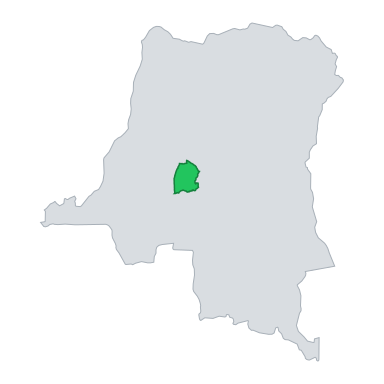 Dekese, Kasaï-Occidental, Democratic Republic of the Congo (highlighted)
{"feature_id": "63176286B23528212594514", "entity_name": "Dekese", "entity_type": "district", "adm_level": 2, "iso_a3": "COD", "parent_name": "Democratic Republic of the Congo", "parent_adm1": "Kasaï-Occidental", "projection": "robinson", "projection_center": [21.532, -3.234], "detail": "fine", "context": "in_parent", "style": "filled", "palette": "green", "viewbox_px": 384, "rotation_deg": 0, "n_neighbors": 0, "source": "geoboundaries", "source_scale": "gbopen_adm2", "svg_char_len": 7770}
<svg xmlns="http://www.w3.org/2000/svg" viewBox="0 0 384 384"><path d="M334.7,266.2L305.3,271.5L305.9,273.4L305.6,275.4L304.8,276.9L301.8,281.0L297.3,284.8L297.3,285.7L299.5,289.9L300.9,295.7L300.5,305.9L301.1,308.7L301.0,310.8L299.5,313.2L296.4,325.5L298.4,331.4L304.1,337.0L307.5,341.1L313.2,342.5L314.1,342.3L314.5,338.9L319.1,337.6L318.9,359.4L318.6,360.7L317.7,361.0L316.6,360.2L316.3,358.2L315.1,357.3L309.5,360.0L308.1,359.9L306.6,359.4L305.4,358.3L305.1,356.7L301.3,350.3L299.3,349.8L297.2,344.1L288.4,339.9L285.1,339.6L283.3,338.3L281.6,333.8L278.7,330.9L278.1,327.7L277.5,327.2L275.7,327.9L274.1,333.0L272.1,334.2L268.6,334.3L259.5,332.8L253.1,330.2L251.4,330.3L248.9,328.0L247.8,324.1L248.4,321.0L247.9,320.6L238.1,323.1L235.8,324.7L233.5,324.3L232.9,323.5L233.8,321.4L233.3,319.1L232.6,318.1L229.7,317.2L228.8,314.8L227.0,314.5L226.4,314.8L226.0,316.5L224.9,317.0L219.1,316.2L213.0,318.4L204.8,317.8L200.9,320.4L200.3,320.3L199.5,319.0L198.8,314.8L199.2,313.7L200.4,312.9L200.8,311.2L200.4,306.9L200.7,305.9L200.3,303.4L199.1,299.5L197.4,296.3L193.7,291.5L193.0,289.2L193.2,283.8L194.5,275.2L194.3,268.9L192.8,264.8L192.5,260.3L193.4,252.3L192.5,250.4L173.9,249.7L173.1,249.1L172.7,248.0L173.6,243.3L162.3,244.5L158.8,245.4L156.7,247.3L156.0,249.8L156.0,253.2L154.3,256.5L153.8,262.2L150.7,262.8L147.5,262.8L141.5,261.6L135.6,263.2L132.7,264.7L131.2,264.0L125.9,264.5L125.2,264.1L119.1,253.1L116.4,249.4L115.9,247.6L116.1,245.9L115.4,243.6L112.5,237.9L112.0,235.2L112.1,231.1L111.8,229.7L109.2,226.1L107.6,224.9L105.7,224.3L75.3,224.8L65.2,224.1L57.9,224.6L54.2,224.3L53.1,223.8L49.8,224.5L48.0,226.0L45.4,226.8L43.8,226.5L40.6,222.4L44.9,221.7L45.2,221.3L45.4,211.4L44.3,210.0L46.6,208.3L50.3,204.0L53.9,202.4L54.4,201.6L55.2,201.6L56.5,203.4L59.6,205.8L63.5,203.7L63.9,203.1L64.4,198.9L65.3,198.5L67.0,199.5L67.9,199.5L69.6,198.2L74.6,196.1L76.0,198.8L74.7,201.3L75.3,203.0L75.4,205.7L76.2,206.3L80.1,206.6L81.3,206.0L89.0,196.3L91.0,195.1L94.3,191.3L98.6,189.5L100.5,186.5L103.0,181.1L104.1,173.3L103.6,159.7L104.0,157.9L109.2,151.8L114.6,140.8L118.2,137.9L120.9,136.7L125.1,132.7L128.4,128.6L128.0,123.7L128.7,119.6L130.6,114.5L131.2,109.0L130.6,103.3L130.8,98.6L133.3,91.1L133.5,82.4L135.8,75.2L140.2,66.0L142.3,59.2L141.9,52.5L142.5,47.5L142.3,44.6L141.4,42.0L141.9,40.4L143.5,39.8L145.6,37.2L149.4,30.6L153.5,27.4L156.3,26.4L159.2,26.5L161.1,27.1L164.2,29.7L167.8,31.7L170.5,34.3L173.1,38.3L179.4,39.2L182.1,40.7L183.7,41.2L184.3,40.8L185.6,41.1L188.6,42.3L191.0,41.6L202.7,44.2L204.0,42.9L207.3,36.0L209.7,33.6L213.7,33.4L216.8,34.7L218.5,34.7L232.8,28.8L234.7,28.5L239.9,29.9L243.3,29.0L244.7,29.2L247.6,28.2L250.0,24.1L252.0,23.0L272.6,27.5L275.7,25.3L277.2,25.1L281.8,26.7L283.2,29.2L285.9,31.4L287.9,35.1L291.0,37.1L292.5,39.0L294.3,40.4L298.1,40.8L302.8,37.6L306.2,37.9L309.6,39.7L310.8,39.6L313.3,37.7L314.6,35.7L315.9,35.2L317.9,36.1L319.6,38.0L321.0,40.8L326.2,47.0L331.2,49.6L332.4,53.4L334.2,53.1L335.1,53.4L336.4,55.8L337.3,56.3L337.5,57.3L336.3,59.6L335.1,63.9L336.6,66.6L335.4,70.5L334.7,74.5L336.3,75.5L338.4,75.4L340.4,77.5L341.8,77.8L343.4,80.0L343.1,81.9L338.2,88.4L330.8,96.4L328.3,97.4L327.0,98.8L326.1,101.2L324.0,103.1L322.3,103.9L322.2,109.7L319.7,115.7L318.7,116.9L317.4,126.6L317.6,128.3L316.2,136.3L316.5,143.7L312.9,146.0L310.4,149.7L309.3,152.2L309.3,158.2L305.3,161.9L305.0,162.8L306.0,167.0L307.5,167.7L307.5,169.1L310.8,173.7L310.6,187.7L310.7,189.1L312.5,192.4L313.6,198.8L312.3,206.9L316.7,221.7L314.7,227.2L315.6,232.4L318.3,237.8L324.6,243.2L326.2,245.4L327.8,248.4L329.3,253.0L334.7,266.2Z" fill="#d9dde1" stroke="#a8b0b8" stroke-width="1"/><path d="M193.3,164.3L193.0,164.2L192.7,164.0L192.4,163.8L192.3,163.7L192.1,163.6L191.7,163.4L191.1,163.3L190.9,163.2L190.6,162.8L190.5,162.7L190.4,162.5L190.2,162.5L190.0,162.4L189.7,162.3L189.2,161.9L189.1,161.6L188.9,161.5L188.6,161.4L188.3,161.1L188.0,161.0L187.8,161.0L187.6,160.8L187.3,160.6L187.0,160.5L186.7,160.4L186.6,160.6L186.6,160.8L186.6,161.1L186.6,161.4L186.6,161.7L186.6,161.9L186.6,162.3L186.6,162.5L187.1,163.7L186.9,163.5L186.8,163.4L186.5,163.3L186.4,163.2L186.0,163.3L185.7,163.4L185.2,163.4L184.9,163.4L184.4,163.8L184.1,163.8L183.3,163.9L183.0,164.0L182.9,164.0L182.6,163.9L182.3,163.7L182.2,163.6L181.6,163.8L181.4,163.8L181.3,163.7L181.2,163.6L180.9,163.6L180.7,163.7L180.3,163.6L179.5,163.5L179.4,164.0L179.4,164.3L179.3,164.8L179.1,165.2L178.9,165.6L178.6,166.1L178.4,166.4L178.1,166.9L178.0,167.2L177.9,167.4L177.9,167.5L178.0,168.0L177.9,168.2L177.8,168.3L177.5,168.5L177.3,168.7L177.2,168.9L177.0,169.2L176.9,169.5L176.7,170.0L176.5,170.4L176.3,170.9L176.2,171.4L176.0,171.7L175.9,172.2L175.7,172.7L175.6,173.2L175.5,173.6L175.3,174.1L175.2,174.4L175.2,174.6L175.1,174.9L175.1,175.2L174.9,175.3L174.8,175.8L174.8,176.0L174.7,176.5L174.6,176.8L174.6,177.0L174.3,178.0L174.2,178.4L174.1,178.6L174.1,178.9L174.1,179.3L174.2,179.7L174.2,180.1L174.1,180.4L174.2,180.7L174.2,180.9L174.2,181.1L174.2,181.5L174.2,181.9L174.2,182.3L174.2,182.8L174.2,183.5L174.3,184.0L174.3,184.7L174.4,185.3L174.4,185.8L174.4,186.6L174.4,187.3L174.4,188.0L174.5,188.8L174.4,189.4L174.4,189.8L174.4,190.2L174.6,190.7L174.6,191.3L174.7,191.8L174.7,192.0L174.7,192.6L174.7,192.9L174.7,193.1L174.6,193.4L174.5,193.5L175.1,193.5L175.2,193.4L175.3,193.4L175.6,193.3L175.8,193.4L176.0,193.3L176.5,193.0L176.9,192.7L177.1,192.7L177.6,192.7L177.9,192.9L178.0,193.0L178.3,193.0L178.6,192.8L178.8,192.9L179.0,192.6L179.1,192.2L179.3,192.0L179.5,191.9L179.9,191.6L180.0,191.5L180.2,191.3L180.4,191.1L180.6,190.9L181.0,190.7L181.4,190.6L181.5,190.6L181.8,190.7L182.2,190.5L182.6,190.2L182.9,190.1L183.1,190.1L183.3,190.1L183.5,190.3L184.1,190.5L184.5,190.7L184.8,190.7L185.1,190.9L185.3,191.0L185.5,191.0L186.1,191.0L186.3,191.4L186.7,191.6L186.8,191.7L186.8,191.8L187.0,192.0L187.4,192.1L187.7,191.9L187.9,191.9L188.1,191.9L188.3,191.9L188.5,191.7L188.8,191.8L188.9,191.7L189.0,191.6L189.3,191.3L189.5,191.5L189.4,191.7L189.5,191.7L189.8,191.5L190.0,191.3L190.2,191.2L190.3,191.1L190.5,191.0L190.8,191.0L191.1,191.1L191.3,191.0L191.6,190.9L191.7,190.7L191.8,190.5L191.9,190.4L192.1,190.4L192.3,190.6L192.5,190.3L192.5,190.1L192.8,190.0L193.1,190.0L193.3,190.0L193.3,190.3L193.2,190.4L193.3,190.4L193.5,190.2L193.7,190.3L193.8,190.4L194.0,190.5L194.4,190.6L194.5,190.6L194.9,190.7L195.5,190.3L195.5,190.2L195.6,189.9L195.8,189.6L195.9,189.3L196.1,189.1L196.3,188.8L196.4,188.7L196.6,188.7L196.9,188.6L197.1,188.5L197.2,188.4L197.6,188.0L197.7,187.9L197.9,187.8L198.1,187.6L198.3,187.4L198.5,187.2L198.4,187.0L198.3,186.9L198.2,186.8L198.1,186.7L198.2,186.4L198.2,186.1L198.2,185.9L198.1,185.5L198.1,185.1L198.2,184.5L198.2,184.2L198.2,183.8L198.1,183.6L198.0,183.1L197.9,183.0L197.7,183.0L197.3,183.2L197.0,183.2L196.9,183.2L196.6,183.0L196.4,183.1L196.2,183.0L195.9,183.1L195.5,183.4L195.5,183.6L195.4,183.5L195.3,183.4L195.2,183.3L195.1,183.2L195.0,182.9L195.0,182.7L195.0,182.4L195.0,182.2L194.9,181.8L194.9,181.7L194.9,181.4L194.9,181.2L195.0,181.1L195.0,180.9L195.0,180.7L195.5,180.4L195.6,180.2L195.8,179.9L195.9,179.6L195.9,179.2L195.9,178.8L195.9,178.2L196.1,177.9L196.4,177.7L196.5,177.6L196.9,177.3L197.1,177.0L197.4,176.7L197.5,176.5L197.6,176.2L197.7,175.8L197.8,175.3L197.8,174.9L197.8,174.7L197.7,174.4L197.6,174.2L197.7,173.9L198.0,173.5L198.2,173.3L198.3,173.1L198.5,173.0L198.6,172.9L198.7,172.7L198.8,172.2L198.9,171.9L199.0,171.8L199.1,171.7L199.3,171.6L199.5,171.5L199.5,171.4L199.4,171.4L198.9,171.5L198.6,171.3L198.4,171.0L198.2,170.9L198.1,170.5L197.9,170.2L197.7,169.7L197.3,169.2L197.2,168.7L196.9,168.3L196.8,168.2L196.5,167.8L196.3,167.4L196.2,167.0L196.2,166.9L195.9,166.4L195.6,166.3L195.4,166.0L195.2,165.7L194.8,165.5L194.7,165.3L194.4,165.2L193.9,165.0L193.6,164.8L193.5,164.5L193.3,164.3Z" fill="#22c55e" stroke="#15803d" stroke-width="1.5"/></svg>